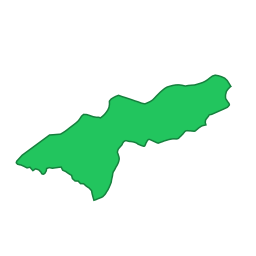 the district of Radfan, Lahij, Yemen, rotated 135°
{"feature_id": "15242507B45884450184914", "entity_name": "Radfan", "entity_type": "district", "adm_level": 2, "iso_a3": "YEM", "parent_name": "Yemen", "parent_adm1": "Lahij", "projection": "equal_earth", "projection_center": [44.984, 13.489], "detail": "fine", "context": "isolated", "style": "filled", "palette": "green", "viewbox_px": 256, "rotation_deg": 135, "n_neighbors": 0, "source": "geoboundaries", "source_scale": "gbopen_adm2", "svg_char_len": 3850}
<svg xmlns="http://www.w3.org/2000/svg" viewBox="0 0 256 256"><g transform="rotate(135 128 128)"><path d="M225.4,165.1L222.2,164.5L220.7,161.5L220.8,158.1L221.2,157.1L221.3,156.6L220.7,155.3L219.8,154.9L218.4,154.8L217.6,155.1L216.1,155.5L214.2,156.9L211.7,155.7L209.9,153.0L207.6,151.3L205.8,149.9L205.2,149.5L202.9,147.6L204.0,144.4L202.8,141.2L202.6,139.8L202.2,137.7L201.4,134.3L202.1,133.2L203.1,131.5L203.0,129.9L202.9,128.0L200.8,125.7L200.9,122.2L198.8,120.0L198.6,116.4L198.1,113.9L197.9,113.0L198.1,109.4L199.9,106.8L201.6,103.9L203.2,101.0L202.6,100.7L201.9,100.3L201.7,100.2L200.8,99.8L199.9,99.5L198.9,99.1L198.0,98.7L197.1,98.3L196.3,97.9L195.4,97.6L194.5,97.3L193.6,97.3L192.5,97.3L191.6,97.3L190.7,97.4L189.7,97.6L188.8,97.9L187.8,98.1L186.8,98.3L185.9,98.5L185.0,98.8L184.2,99.1L183.2,99.4L182.1,99.9L181.0,100.3L180.1,100.7L179.2,101.1L178.3,101.5L177.3,102.2L176.4,102.9L175.6,103.4L174.7,104.0L173.7,104.6L172.9,105.1L172.0,105.8L171.2,106.4L170.3,107.0L169.4,107.4L168.5,107.6L167.6,107.8L166.5,108.1L165.6,108.4L164.7,108.7L163.8,109.0L162.8,109.2L161.7,109.5L160.9,109.8L160.0,110.1L159.1,110.5L158.3,110.9L157.3,111.5L156.4,112.1L155.6,112.9L154.9,113.9L154.4,114.9L153.8,116.0L153.3,117.0L152.9,118.1L152.2,118.7L151.4,119.2L150.5,119.7L149.6,120.0L148.7,120.1L147.7,120.2L146.8,120.2L145.9,120.3L144.9,120.3L143.9,120.5L143.0,120.9L142.2,121.1L141.2,121.3L140.3,121.3L139.4,121.1L138.5,120.6L137.9,119.8L137.4,118.9L136.8,117.9L136.2,117.1L135.5,116.4L134.8,115.4L134.2,114.6L133.7,113.7L133.2,112.7L132.7,111.6L132.4,110.4L132.3,109.3L131.8,108.3L131.0,106.3L130.3,104.9L129.8,104.0L129.4,103.7L129.1,103.5L128.7,103.6L127.8,103.8L126.9,104.2L126.1,104.6L125.2,104.8L124.3,105.1L123.3,105.4L122.3,105.5L121.3,105.2L120.7,104.5L120.3,103.4L119.9,102.3L119.5,101.3L119.1,100.1L118.7,99.1L118.3,98.0L117.9,96.9L117.3,95.9L116.4,95.5L115.6,95.1L114.7,94.7L113.7,94.2L112.9,93.8L112.0,93.5L110.9,92.9L109.8,92.3L108.9,91.8L107.9,91.3L106.9,90.7L106.0,90.1L105.0,89.4L104.2,88.8L103.4,88.1L102.7,87.4L102.0,86.6L101.2,85.8L100.4,85.3L99.6,85.0L98.6,85.0L97.7,85.0L96.8,85.0L95.9,84.9L94.9,85.0L94.0,84.9L93.2,85.0L92.3,85.1L91.3,85.2L90.4,85.3L89.5,85.2L88.7,84.8L87.9,84.1L87.3,83.4L86.6,82.6L85.9,81.9L85.3,81.1L84.9,80.6L84.6,80.3L83.9,79.4L83.1,78.6L82.2,78.3L81.3,78.3L80.3,78.2L79.5,78.1L78.6,78.1L77.7,78.0L76.8,77.8L75.7,77.6L74.8,77.4L73.6,76.9L70.7,75.1L69.4,77.4L68.1,78.3L67.3,78.9L62.5,79.5L62.2,79.7L61.8,79.8L61.4,79.8L61.0,79.7L60.6,79.5L60.3,79.2L59.8,78.9L59.5,78.7L59.2,78.5L46.5,73.6L43.2,72.4L41.5,72.4L41.0,72.5L40.1,72.6L39.6,73.1L39.4,73.6L39.2,74.2L39.1,74.7L39.1,74.9L39.0,75.9L38.9,76.2L38.9,76.3L38.7,77.1L38.6,77.7L38.5,78.1L38.4,78.7L38.3,79.2L38.2,79.6L37.5,80.6L36.7,81.4L35.9,82.2L35.1,82.8L34.0,83.4L32.8,84.2L31.5,84.5L29.4,84.8L29.1,84.8L26.1,84.8L25.9,84.7L25.1,87.9L24.3,91.4L24.4,94.9L25.6,98.1L27.1,101.0L29.0,103.7L31.5,105.0L34.5,105.5L37.3,105.8L40.2,106.4L42.9,107.3L45.5,108.6L48.1,110.0L50.6,111.4L53.0,113.5L55.4,115.5L57.8,117.1L59.5,119.9L61.5,122.5L63.7,124.6L66.2,126.4L68.8,127.9L71.4,129.3L74.1,130.0L76.9,130.3L79.8,130.5L82.5,130.5L85.3,130.5L88.0,130.4L90.8,130.4L93.6,131.0L96.3,132.0L99.0,133.1L100.9,136.0L102.3,139.2L103.9,142.2L105.3,145.2L106.8,148.2L108.4,151.4L110.0,154.4L110.7,155.9L111.6,157.8L114.3,159.0L116.9,159.8L119.5,160.4L122.2,160.1L124.3,157.9L126.7,156.1L129.5,155.0L132.2,154.5L135.0,154.2L137.8,154.3L140.3,154.6L141.2,156.4L142.6,157.7L144.6,160.5L146.2,163.8L147.7,166.7L149.8,169.0L152.5,169.2L155.3,168.6L158.0,168.2L160.8,168.3L163.5,168.6L166.3,169.0L169.2,169.4L171.9,169.7L174.7,170.1L177.5,170.7L180.1,171.4L185.5,176.0L188.4,178.5L222.1,183.6L230.2,183.2L231.6,182.4L231.7,180.5L230.3,178.1L230.2,178.0L229.9,177.8L229.3,176.1L228.7,174.6L227.6,171.2L225.1,169.6L225.4,165.1Z" fill="#22c55e" stroke="#15803d" stroke-width="1.5"/></g></svg>